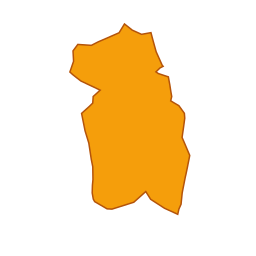 the district of Kateila, Southern Darfur, Sudan, rotated 339°
{"feature_id": "16777658B63879676437189", "entity_name": "Kateila", "entity_type": "district", "adm_level": 2, "iso_a3": "SDN", "parent_name": "Sudan", "parent_adm1": "Southern Darfur", "projection": "robinson", "projection_center": [24.324, 11.019], "detail": "fine", "context": "isolated", "style": "filled", "palette": "amber", "viewbox_px": 256, "rotation_deg": 339, "n_neighbors": 0, "source": "geoboundaries", "source_scale": "gbopen_adm2", "svg_char_len": 987}
<svg xmlns="http://www.w3.org/2000/svg" viewBox="0 0 256 256"><g transform="rotate(339 128 128)"><path d="M183.6,47.2L174.2,45.4L167.0,38.1L162.0,29.6L153.8,35.9L131.0,36.9L123.4,37.7L111.1,32.0L104.3,36.3L101.1,46.2L93.8,54.9L95.5,58.3L98.4,63.2L100.9,67.3L115.6,82.7L106.8,86.1L104.0,92.1L99.6,94.0L89.9,97.7L86.9,115.2L86.0,128.1L82.5,144.0L81.2,151.6L76.8,163.6L74.3,168.6L71.3,175.8L70.1,182.0L70.5,184.8L79.5,196.0L84.0,198.0L106.8,199.4L121.8,193.7L123.6,202.7L133.3,216.0L143.5,226.4L146.5,221.9L150.2,218.2L155.3,208.1L156.9,205.5L160.8,199.3L163.8,194.5L165.7,191.7L167.3,189.2L169.1,186.4L171.3,182.9L175.1,176.9L175.8,175.7L175.3,161.2L175.1,156.2L180.3,146.9L184.5,139.2L185.9,134.5L183.5,125.4L179.5,120.4L177.7,118.0L177.6,117.9L180.1,114.3L181.0,109.6L182.5,102.7L183.2,98.9L184.0,94.7L180.3,91.7L175.8,88.0L174.2,85.6L179.4,83.4L182.9,83.0L182.4,81.6L182.2,78.0L181.6,66.9L182.7,55.4L183.6,47.2L183.6,47.2Z" fill="#f59e0b" stroke="#b45309" stroke-width="1.5"/></g></svg>